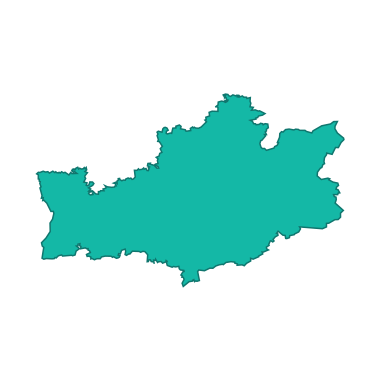 the district of Mymensingh, Dhaka, Bangladesh, rotated 262°
{"feature_id": "16705992B54511139091050", "entity_name": "Mymensingh", "entity_type": "district", "adm_level": 2, "iso_a3": "BGD", "parent_name": "Bangladesh", "parent_adm1": "Dhaka", "projection": "equal_earth", "projection_center": [90.455, 24.722], "detail": "fine", "context": "isolated", "style": "filled", "palette": "teal", "viewbox_px": 384, "rotation_deg": 262, "n_neighbors": 0, "source": "geoboundaries", "source_scale": "gbopen_adm2", "svg_char_len": 6039}
<svg xmlns="http://www.w3.org/2000/svg" viewBox="0 0 384 384"><g transform="rotate(262 192 192)"><path d="M241.6,345.8L242.0,342.1L240.1,338.7L239.5,329.7L235.7,320.3L233.8,318.9L236.0,313.8L237.3,312.5L238.1,307.1L239.1,306.2L239.8,303.4L239.3,301.5L240.8,296.9L240.8,293.3L238.7,290.5L239.3,289.1L237.7,287.1L234.0,286.3L229.1,283.4L228.7,284.5L226.3,282.8L225.5,280.2L224.1,279.3L222.9,271.5L225.0,269.9L225.2,267.8L226.5,266.6L230.4,265.9L233.3,267.2L233.5,268.4L237.3,272.6L238.8,271.8L238.5,273.7L241.3,272.9L242.1,274.2L243.8,274.4L245.0,276.5L248.7,276.5L249.5,273.9L248.7,271.8L249.8,271.5L250.5,269.4L249.6,268.1L249.7,264.8L250.7,264.4L251.1,262.5L253.5,261.7L254.9,259.7L255.3,265.5L256.3,265.4L256.6,267.4L258.0,268.4L258.3,272.5L259.5,275.2L263.0,270.2L262.9,268.9L264.5,266.1L264.7,262.3L267.3,264.5L268.3,261.3L271.7,262.6L273.8,262.1L277.4,262.9L277.0,259.4L278.3,259.2L278.7,256.4L280.1,255.3L279.4,251.7L280.0,250.1L280.7,250.7L280.5,252.3L281.2,251.9L281.6,249.7L281.1,248.7L282.5,246.0L281.3,243.6L282.1,241.9L283.6,241.1L284.3,238.8L283.8,236.4L282.7,236.7L282.8,238.6L280.2,236.9L281.1,238.3L280.6,238.9L278.6,239.0L278.0,240.5L277.0,239.8L277.8,237.7L276.4,238.5L276.1,237.4L277.0,236.6L277.9,233.9L277.4,230.5L274.6,229.9L272.9,226.9L273.0,228.5L272.2,229.5L268.2,228.9L269.2,223.1L268.5,220.0L264.9,220.0L264.1,216.1L261.7,216.1L261.4,214.8L259.5,216.1L255.1,210.2L254.2,207.3L254.9,204.3L255.8,203.4L255.3,202.2L256.3,201.7L255.2,199.2L253.0,199.3L253.0,194.6L254.6,194.0L256.2,189.4L258.5,190.3L260.1,188.8L259.4,185.2L257.7,185.0L257.9,181.9L252.9,180.0L253.4,178.8L252.9,175.6L253.7,174.6L255.7,175.1L256.5,177.0L258.8,176.1L259.7,174.7L259.7,173.4L258.7,172.0L255.4,170.6L256.9,167.1L256.1,165.7L254.2,166.4L252.7,165.3L248.5,166.0L246.9,165.1L246.4,166.7L241.4,169.0L239.3,166.6L235.4,167.7L234.7,165.4L232.2,164.4L231.3,161.4L229.5,163.0L228.1,162.1L224.9,162.3L224.7,159.6L224.1,158.8L221.9,162.0L220.3,162.3L220.5,160.5L223.7,158.2L225.5,154.2L226.3,154.7L226.4,152.3L224.1,151.5L222.7,153.4L222.0,152.1L221.1,152.7L219.3,151.8L219.5,150.5L221.7,149.7L221.2,147.8L222.5,147.5L221.4,145.7L221.4,142.8L222.4,142.2L221.1,140.6L221.5,138.0L214.8,137.9L213.1,135.9L212.8,134.4L214.3,133.4L214.0,131.5L214.8,130.7L214.0,128.1L212.9,127.5L213.4,125.7L212.9,124.1L214.3,122.3L215.5,122.2L215.5,120.8L214.0,120.7L213.2,119.2L210.9,119.1L212.3,117.9L211.7,115.6L210.9,117.2L208.6,117.8L208.6,116.5L207.7,116.0L207.8,113.1L208.9,108.9L210.3,106.8L208.7,107.6L207.8,107.2L207.3,104.3L205.5,105.0L206.0,101.6L205.2,101.0L205.4,99.4L202.8,99.0L203.4,96.7L205.6,94.4L204.0,93.1L203.3,93.5L203.2,90.9L204.8,89.4L206.1,90.1L206.3,94.2L207.0,93.6L207.3,90.0L209.0,92.1L210.5,90.1L212.4,94.6L214.0,96.0L215.7,94.9L216.2,92.3L213.2,90.8L212.8,89.1L213.3,88.2L215.7,89.3L216.9,86.2L220.3,88.6L221.7,87.9L223.0,88.3L225.7,91.1L227.1,88.8L228.6,90.8L231.0,90.6L229.9,89.4L231.2,88.7L230.2,87.6L230.1,85.7L231.2,84.1L230.5,83.0L232.4,82.3L231.7,80.3L230.3,79.5L230.4,78.5L230.8,79.2L231.3,78.4L231.1,76.8L229.8,75.9L228.7,76.7L228.1,77.6L228.5,78.6L226.4,80.6L226.9,75.7L228.2,74.7L226.0,72.5L229.2,69.0L228.8,67.5L230.2,65.7L229.1,64.1L230.0,63.1L229.5,62.3L230.0,60.7L231.0,59.9L230.3,58.9L232.0,57.1L230.6,53.4L232.2,52.1L232.1,49.8L233.3,47.5L232.5,44.1L232.9,42.6L231.6,40.7L230.4,42.2L226.3,41.6L225.9,42.6L224.1,42.2L223.3,43.2L221.8,42.5L218.1,43.2L217.2,42.0L209.2,43.0L206.8,42.0L207.0,43.9L204.3,43.0L204.4,44.2L201.1,46.7L192.4,49.6L192.1,52.0L190.0,52.2L184.5,50.1L181.0,47.1L172.6,46.1L166.7,41.0L162.7,35.9L159.3,36.2L157.8,37.5L147.3,34.3L146.1,35.9L146.4,38.4L145.3,44.1L145.2,46.3L146.2,47.2L145.6,48.3L147.5,50.9L147.8,54.2L146.6,54.9L146.1,64.0L145.5,64.9L145.9,67.4L149.6,69.0L151.6,72.7L154.6,70.0L154.7,71.6L156.2,71.8L156.4,73.8L154.5,73.2L153.6,74.4L151.3,73.9L151.5,78.7L150.5,79.7L150.4,81.2L149.1,80.9L148.1,82.3L146.2,82.9L144.8,78.8L142.8,79.2L142.8,81.0L141.6,82.8L139.8,82.5L140.0,83.7L138.5,86.0L139.2,88.5L138.7,91.9L140.3,93.3L140.6,97.1L139.7,102.9L138.4,104.2L138.9,105.2L136.9,107.9L137.0,109.5L137.6,111.0L139.0,111.8L139.7,110.1L141.2,110.8L140.6,112.4L144.0,114.1L144.8,117.8L142.6,118.1L139.4,117.0L138.4,118.3L139.5,120.9L139.2,121.8L141.7,124.7L140.5,131.3L139.5,132.8L140.1,135.1L139.5,137.1L136.0,139.4L129.2,137.9L129.2,139.1L130.9,140.0L130.6,141.4L128.8,141.9L128.0,144.5L126.1,144.6L129.9,144.5L129.4,146.2L130.5,146.6L127.0,148.1L127.6,149.1L127.4,151.8L125.6,153.0L126.4,156.2L127.8,156.8L126.8,157.8L125.6,156.9L122.7,157.3L120.3,161.9L120.8,163.3L120.1,165.3L120.2,168.6L117.8,168.7L116.4,169.7L115.5,173.0L114.4,173.1L114.2,171.9L111.3,169.5L110.4,170.7L109.1,170.1L108.7,171.5L106.5,172.0L103.0,169.5L99.7,170.2L103.6,176.6L103.7,180.2L105.2,180.6L104.3,180.7L104.9,181.6L102.9,182.1L103.4,183.0L102.9,184.6L103.3,187.0L112.4,186.5L113.8,187.9L112.3,193.4L114.1,199.0L113.6,202.1L115.4,205.2L116.1,208.6L116.2,212.1L115.7,212.9L117.5,215.8L117.6,220.9L116.6,224.6L115.6,224.5L114.5,226.9L113.2,226.5L112.9,231.5L111.7,233.5L113.8,236.1L115.5,240.5L118.2,240.8L117.0,243.2L118.6,249.0L119.3,249.1L120.8,253.4L122.8,253.1L122.5,253.8L124.0,259.6L125.3,258.0L127.1,258.0L128.4,260.9L129.5,260.7L132.6,262.7L132.7,263.4L131.3,265.0L132.1,266.4L133.8,265.7L136.0,268.2L137.1,271.1L138.7,271.1L139.2,269.9L141.2,271.8L136.6,276.0L136.0,278.2L133.0,278.3L132.7,279.4L133.2,282.1L135.2,282.7L135.5,287.3L136.2,287.8L137.6,292.1L140.4,294.3L142.5,293.6L137.5,316.0L138.7,320.3L142.2,320.8L142.1,323.2L144.7,329.6L144.4,332.9L146.4,335.6L150.4,336.1L152.7,339.3L161.1,332.2L164.4,333.8L166.9,333.9L167.6,332.3L169.7,331.8L169.1,335.9L170.5,336.5L170.6,338.2L174.0,336.9L174.7,335.0L176.8,335.9L178.1,338.0L180.5,337.6L182.2,333.0L185.1,329.1L185.9,330.2L186.8,328.5L186.4,321.8L190.5,318.2L194.2,319.0L197.7,322.4L198.2,324.0L200.9,325.4L201.6,327.2L203.7,326.9L207.6,328.0L210.2,330.4L211.8,330.8L209.8,336.0L216.1,340.3L215.6,343.1L220.3,346.5L222.7,349.7L224.3,349.6L230.1,344.2L234.8,342.3L237.2,342.8L241.6,345.8Z" fill="#14b8a6" stroke="#0f766e" stroke-width="1.5"/></g></svg>